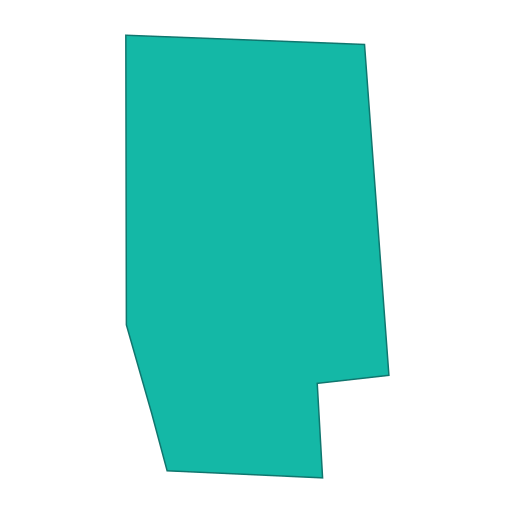 Fayyum City, Al Fayyum, Egypt, rotated 179°
{"feature_id": "37247803B49261326337106", "entity_name": "Fayyum City", "entity_type": "district", "adm_level": 2, "iso_a3": "EGY", "parent_name": "Egypt", "parent_adm1": "Al Fayyum", "projection": "equal_earth", "projection_center": [30.883, 29.214], "detail": "fine", "context": "isolated", "style": "filled", "palette": "teal", "viewbox_px": 512, "rotation_deg": 179, "n_neighbors": 0, "source": "geoboundaries", "source_scale": "gbopen_adm2", "svg_char_len": 301}
<svg xmlns="http://www.w3.org/2000/svg" viewBox="0 0 512 512"><g transform="rotate(179 256 256)"><path d="M386.8,189.4L385.8,185.7L363.0,100.4L348.6,42.8L193.3,33.0L197.0,127.6L125.2,134.4L143.5,460.1L143.8,465.6L382.3,479.0L386.8,189.4Z" fill="#14b8a6" stroke="#0f766e" stroke-width="1.5"/></g></svg>